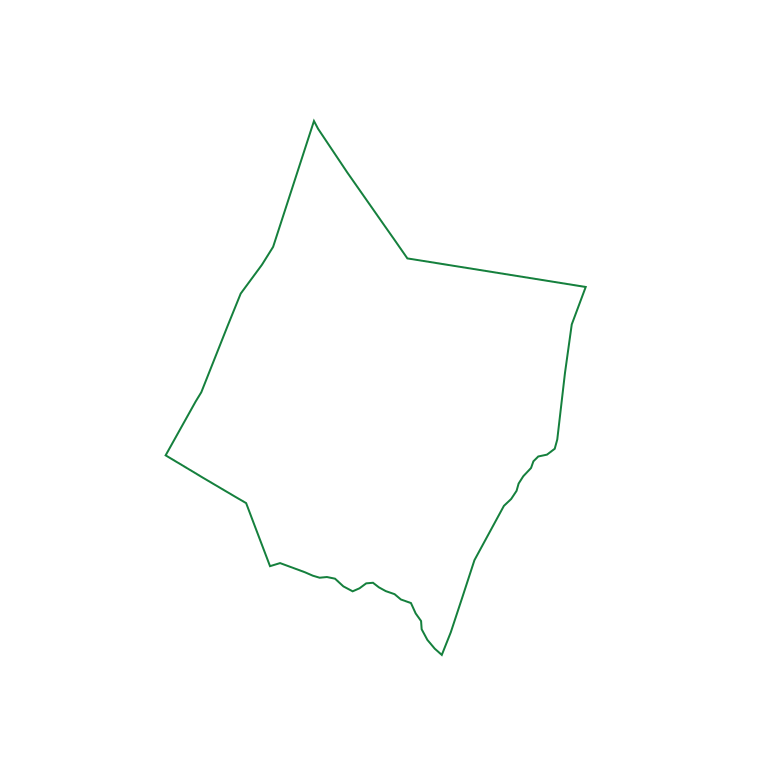 Ribeirópolis, Sergipe, Brazil, rotated 57°
{"feature_id": "56859067B98890234621951", "entity_name": "Ribeirópolis", "entity_type": "district", "adm_level": 2, "iso_a3": "BRA", "parent_name": "Brazil", "parent_adm1": "Sergipe", "projection": "mercator", "projection_center": [-37.4, -10.498], "detail": "fine", "context": "isolated", "style": "outline", "palette": "green", "viewbox_px": 768, "rotation_deg": 57, "n_neighbors": 0, "source": "geoboundaries", "source_scale": "gbopen_adm2", "svg_char_len": 861}
<svg xmlns="http://www.w3.org/2000/svg" viewBox="0 0 768 768"><g transform="rotate(57 384 384)"><path d="M291.4,541.7L296.1,551.5L324.9,606.0L364.6,586.6L396.9,570.5L408.8,564.5L432.2,569.6L474.7,578.8L477.6,568.7L498.9,552.8L506.0,548.1L511.4,543.5L514.8,537.0L520.6,531.1L531.6,528.3L540.8,523.2L542.0,515.8L541.5,507.5L544.7,501.5L551.8,499.0L558.7,495.3L566.0,489.6L573.9,487.2L582.4,480.7L593.7,482.4L603.0,482.0L610.2,486.0L622.2,487.0L633.6,485.6L642.7,483.1L628.6,463.2L605.5,434.4L581.0,404.1L551.5,349.8L549.7,340.0L545.8,331.0L540.8,325.3L537.2,317.4L534.5,306.4L530.2,300.8L528.8,294.1L532.0,285.8L531.3,276.1L524.9,268.9L473.3,226.2L436.3,194.1L412.5,162.0L291.4,296.0L268.7,296.7L249.9,297.4L186.6,299.6L134.1,300.3L125.3,299.5L208.6,402.3L217.5,421.4L230.1,454.9L250.3,483.8L291.4,541.7Z" fill="none" stroke="#15803d" stroke-width="2"/></g></svg>